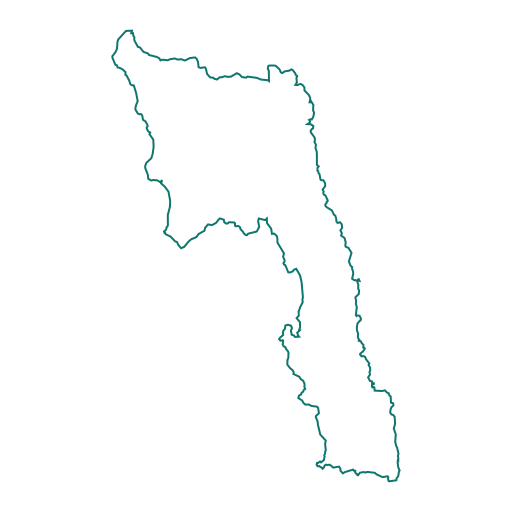 the district of Central Pentecost 2, Penama, Vanuatu
{"feature_id": "77236927B86415153324425", "entity_name": "Central Pentecost 2", "entity_type": "district", "adm_level": 2, "iso_a3": "VUT", "parent_name": "Vanuatu", "parent_adm1": "Penama", "projection": "robinson", "projection_center": [168.206, -15.776], "detail": "fine", "context": "isolated", "style": "outline", "palette": "teal", "viewbox_px": 512, "rotation_deg": 0, "n_neighbors": 0, "source": "geoboundaries", "source_scale": "gbopen_adm2", "svg_char_len": 6020}
<svg xmlns="http://www.w3.org/2000/svg" viewBox="0 0 512 512"><path d="M132.0,30.7L126.0,30.9L118.2,39.5L117.5,41.6L117.0,48.7L115.4,52.3L112.4,56.1L112.4,57.7L115.4,64.8L117.0,65.4L117.6,67.4L120.0,68.0L122.7,69.5L125.5,72.1L125.4,74.9L126.5,75.4L129.2,80.5L130.3,84.1L131.7,85.2L133.8,85.4L136.1,92.9L137.7,101.2L136.2,104.7L135.4,108.0L135.5,109.8L137.9,113.6L139.1,114.2L141.1,114.1L142.2,115.4L143.0,119.8L145.5,121.4L147.3,124.6L147.7,126.3L146.7,127.5L146.8,128.7L148.4,131.6L150.2,132.5L149.5,134.3L153.3,139.6L153.6,147.3L152.6,154.2L151.3,158.2L146.3,162.9L145.2,165.9L145.2,167.9L147.8,174.7L148.3,178.8L151.2,180.5L153.5,180.0L157.4,180.4L160.2,182.1L162.1,180.2L161.1,183.4L164.8,186.7L168.5,191.7L170.2,201.0L169.9,206.9L167.8,215.0L167.9,225.0L167.3,226.7L166.5,227.4L166.2,229.5L164.0,231.5L164.5,232.8L165.1,232.7L165.7,234.2L170.7,236.7L175.1,241.3L177.0,242.1L178.5,245.2L181.1,248.2L184.3,246.8L188.4,241.7L191.2,239.3L196.4,237.1L198.6,234.0L204.5,230.7L205.1,227.8L208.1,224.4L211.8,225.1L214.5,223.8L216.4,222.6L218.6,219.5L220.0,218.4L223.8,219.7L224.3,222.3L226.3,223.6L227.5,223.5L229.2,222.2L234.3,222.5L235.0,223.3L235.0,225.6L235.7,226.3L238.5,226.0L240.2,227.5L240.3,228.8L243.3,232.2L243.8,233.5L246.0,235.1L247.0,235.1L248.1,233.7L256.8,231.5L259.2,226.9L258.1,221.0L258.8,218.5L265.1,220.1L266.8,218.5L267.1,223.3L271.1,228.5L272.0,233.9L274.1,233.6L276.6,235.7L277.4,238.5L277.4,242.5L284.0,253.4L283.1,256.6L284.6,260.3L284.6,261.4L283.4,263.2L284.0,264.6L285.2,265.0L288.3,272.4L290.3,272.4L292.7,271.4L294.0,269.7L296.2,268.8L300.0,275.3L301.6,282.3L302.9,297.1L302.4,299.8L302.7,302.3L300.0,307.5L298.8,311.4L298.6,310.6L298.8,315.6L296.6,318.1L300.0,322.2L300.1,327.3L299.2,329.7L300.0,330.1L297.2,332.7L298.0,335.3L299.1,336.7L294.9,336.9L293.8,335.4L291.7,334.8L290.9,330.7L292.0,328.0L290.9,325.6L287.8,324.8L285.4,325.5L284.8,329.1L283.5,330.4L282.8,332.8L283.2,335.0L280.1,337.6L279.1,339.2L280.6,340.7L282.7,340.2L283.2,340.9L282.7,344.5L283.6,346.2L285.5,347.3L286.0,348.9L288.0,351.3L288.5,353.0L288.3,358.1L287.5,359.7L287.3,364.5L290.0,368.1L292.6,370.2L293.7,372.1L293.4,374.0L299.4,376.8L300.7,379.1L303.2,380.8L304.6,384.0L304.4,386.8L305.2,389.0L303.9,389.8L303.0,391.8L301.5,392.9L301.1,394.5L299.0,395.6L298.3,398.0L302.1,400.5L303.6,403.1L305.3,404.6L308.7,404.5L311.6,406.0L316.8,406.6L318.1,407.8L318.9,413.2L316.0,416.0L315.8,417.0L317.7,421.7L317.9,424.6L320.3,434.6L325.8,440.6L325.1,444.0L325.8,450.0L325.1,452.0L325.2,453.4L324.3,455.0L324.6,456.8L323.8,460.2L321.0,462.4L320.0,461.5L317.9,463.1L317.0,462.9L316.6,464.5L317.5,466.2L319.4,466.1L320.5,467.2L321.7,467.5L322.6,468.7L324.1,467.2L324.7,465.4L326.1,464.6L327.3,465.1L329.8,464.7L333.3,467.6L339.0,466.6L340.3,468.4L340.5,470.7L342.9,473.4L344.9,472.1L353.1,469.6L353.6,470.5L355.3,470.8L355.1,472.2L355.8,473.4L356.9,473.9L357.4,475.2L358.1,475.2L359.9,472.7L363.5,472.1L365.9,472.5L367.3,471.9L374.8,472.8L376.6,474.4L382.5,477.1L387.6,476.3L388.3,477.2L388.0,478.4L388.5,480.9L389.1,481.3L396.3,480.3L396.6,478.4L398.2,476.2L399.0,471.4L399.6,470.6L398.2,467.1L397.7,463.1L397.7,461.2L398.3,461.0L397.9,459.8L398.4,459.0L397.9,455.7L398.5,453.9L397.1,447.6L396.1,445.7L395.2,441.8L395.8,434.5L393.8,428.6L395.1,423.6L394.6,416.7L393.2,415.0L391.2,414.3L390.2,412.4L390.6,409.3L391.5,407.1L393.3,405.6L393.4,403.8L392.9,403.1L391.0,402.7L390.7,396.5L389.5,395.6L388.6,393.2L387.3,392.8L384.9,390.4L382.0,391.0L374.6,390.6L374.4,387.5L373.5,386.8L372.5,387.4L371.9,386.5L372.1,381.5L369.9,380.8L368.1,377.4L370.0,374.5L369.5,372.0L370.2,370.4L370.1,367.5L368.6,365.1L369.3,363.5L365.9,359.0L365.1,356.9L363.5,356.1L361.4,356.3L361.0,355.3L360.1,354.7L360.2,353.7L363.2,351.2L364.8,348.6L364.4,347.8L363.3,347.6L363.4,344.8L361.5,342.9L361.1,341.5L358.8,340.8L359.4,339.8L358.3,338.5L357.8,336.0L358.2,334.1L357.0,330.4L356.8,327.6L357.5,323.5L359.9,320.6L360.5,320.5L361.0,318.7L359.5,315.7L357.3,315.5L356.5,316.0L355.9,314.8L356.8,307.0L355.9,303.9L356.1,300.7L355.4,297.9L355.6,297.1L358.8,294.0L359.1,290.6L358.2,288.6L358.3,284.8L357.2,281.2L355.7,280.1L354.4,280.3L352.1,278.7L353.2,274.2L353.1,271.7L352.0,268.5L352.2,267.1L350.6,265.8L348.9,261.4L351.5,252.9L348.5,247.9L345.7,246.7L345.3,245.7L345.7,242.3L344.5,237.9L341.1,235.6L341.9,233.1L340.4,230.5L342.2,227.6L341.7,224.2L340.0,222.2L337.6,223.0L337.3,222.6L336.3,221.1L336.3,219.1L335.3,215.6L333.9,214.7L332.0,210.5L326.5,207.1L325.3,205.5L325.4,204.3L326.7,202.8L326.7,201.8L327.6,201.2L327.7,200.3L325.4,195.4L323.7,194.5L323.3,193.0L323.7,191.5L322.6,189.5L325.2,186.2L325.1,183.3L323.4,180.3L321.0,180.1L320.5,179.5L319.5,174.2L318.6,173.2L318.2,171.2L317.4,170.6L317.5,167.8L318.7,166.4L316.9,164.8L316.9,154.6L316.7,151.6L315.5,148.0L315.9,144.7L314.4,141.8L315.0,139.9L314.6,137.5L310.9,132.5L310.7,130.7L311.9,129.0L313.0,128.5L313.3,125.9L310.8,124.3L307.5,124.1L309.8,122.5L310.0,121.3L309.1,119.9L310.7,119.2L311.8,119.5L313.3,116.9L314.1,112.6L313.1,110.6L313.3,104.8L311.1,101.3L310.4,102.3L309.6,102.3L310.3,98.8L309.5,96.3L308.7,94.8L304.5,90.5L304.4,87.4L302.4,84.8L300.3,83.9L297.4,85.1L295.4,84.9L296.9,82.4L296.4,78.1L297.2,76.0L295.8,75.0L295.1,73.1L292.6,70.0L291.3,69.4L289.5,70.6L284.7,71.4L282.2,73.1L280.8,72.3L279.4,69.2L276.0,66.0L274.6,65.5L269.2,65.5L268.2,66.2L267.8,68.7L268.8,70.9L269.0,81.1L267.7,80.2L260.7,79.5L257.1,77.9L247.5,76.6L246.0,77.7L241.9,77.0L239.4,74.4L236.8,73.2L231.0,76.6L227.7,76.9L224.9,76.2L221.8,77.3L219.9,77.2L217.0,79.5L214.2,78.7L213.2,77.7L210.1,77.4L207.1,73.9L205.9,68.7L204.9,67.3L200.4,67.9L198.6,67.2L198.0,61.9L196.6,58.7L195.0,57.4L189.9,58.1L184.9,60.5L181.1,59.2L177.8,59.6L174.8,58.5L170.1,59.2L167.7,60.3L162.6,59.7L160.4,60.4L159.3,58.3L156.7,56.9L149.1,55.0L147.8,53.4L143.5,51.9L139.9,47.4L137.9,46.9L134.6,40.8L134.2,39.6L134.4,37.5L133.4,35.8L133.0,33.2L131.2,33.2L132.0,30.7ZM358.0,279.6L358.1,280.6L359.5,280.9L358.8,279.2L358.0,279.6ZM373.9,383.3L372.7,383.2L372.6,384.3L373.9,383.9L373.9,383.3Z" fill="none" stroke="#0f766e" stroke-width="2"/></svg>